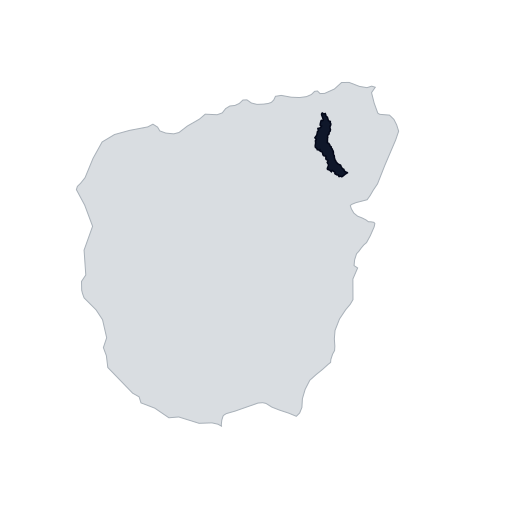 Colonia Lavalleja, Salto, Uruguay (highlighted), rotated 69°
{"feature_id": "84410073B14700525843011", "entity_name": "Colonia Lavalleja", "entity_type": "district", "adm_level": 2, "iso_a3": "URY", "parent_name": "Uruguay", "parent_adm1": "Salto", "projection": "albers", "projection_center": [-56.948, -31.083], "detail": "fine", "context": "in_parent", "style": "filled", "palette": "ink", "viewbox_px": 512, "rotation_deg": 69, "n_neighbors": 0, "source": "geoboundaries", "source_scale": "gbopen_adm2", "svg_char_len": 5794}
<svg xmlns="http://www.w3.org/2000/svg" viewBox="0 0 512 512"><g transform="rotate(69 256 256)"><path d="M402.5,349.2L399.4,351.8L396.0,356.9L391.8,369.1L378.6,385.8L375.8,395.3L361.8,405.0L351.9,416.0L345.6,415.6L339.9,420.3L307.0,434.3L295.4,431.4L286.8,431.3L278.8,424.7L260.5,422.1L249.0,424.6L233.5,431.5L228.9,431.4L225.5,431.0L217.2,428.0L212.7,421.7L188.9,414.4L169.7,397.9L147.1,397.7L129.7,399.9L127.0,397.8L125.2,393.6L121.6,387.5L106.4,373.1L94.4,358.8L91.9,344.6L93.4,329.1L96.7,310.8L96.0,305.0L100.4,301.7L104.7,301.0L108.9,296.2L112.5,289.0L113.1,283.6L110.1,273.6L107.9,259.6L105.4,252.6L110.2,241.6L110.3,236.2L107.5,231.5L106.6,226.7L107.9,221.7L107.6,216.9L105.7,212.3L107.0,208.5L111.5,205.5L114.8,200.8L116.9,194.6L118.0,189.9L118.1,186.6L116.7,183.5L113.9,180.6L115.1,174.9L120.4,166.2L123.7,158.5L125.3,151.8L125.1,146.4L123.3,142.3L124.0,139.5L127.3,138.0L128.8,133.7L128.2,122.9L124.7,114.0L127.3,106.9L134.7,98.7L138.6,92.1L138.9,87.1L141.2,84.2L144.9,89.6L155.6,90.9L166.3,91.1L168.1,89.7L172.3,80.9L177.9,78.3L184.0,77.7L190.6,78.1L197.7,84.0L217.6,103.3L232.2,116.7L236.6,123.0L240.4,127.7L243.3,132.1L242.0,143.5L242.1,148.5L242.8,149.9L246.1,150.1L251.0,149.3L255.2,146.9L258.5,143.3L261.7,140.4L264.3,138.8L265.3,136.4L266.8,133.9L268.3,133.4L271.2,135.3L277.9,141.9L283.1,148.0L284.3,151.4L286.3,155.0L288.4,158.2L289.9,161.3L294.9,165.3L300.1,167.9L303.6,165.4L312.2,173.8L331.5,181.1L334.9,185.4L338.2,191.4L344.7,200.6L353.8,208.9L361.3,212.5L368.4,214.7L372.4,216.5L375.1,219.7L379.4,223.2L382.1,224.5L383.0,227.5L385.6,234.2L388.3,242.5L391.3,250.3L398.1,257.9L405.8,263.8L413.8,267.4L418.2,271.5L420.1,275.8L414.4,281.8L408.2,289.4L402.7,295.4L397.2,299.5L395.3,302.4L394.0,306.9L393.3,331.1L392.5,340.1L392.9,342.5L393.6,344.1L396.9,346.7L400.9,348.8L402.5,349.2Z" fill="#d9dde1" stroke="#a8b0b8" stroke-width="1"/><path d="M164.1,155.4L164.7,155.8L165.5,156.8L166.6,158.6L167.0,158.6L167.8,158.3L168.6,157.9L169.0,158.0L169.2,158.4L169.6,159.2L170.5,159.5L171.8,159.8L174.2,161.2L175.1,161.5L176.0,161.6L176.6,161.1L177.6,160.7L178.8,160.7L179.0,159.9L179.4,159.4L180.4,159.0L180.6,158.8L180.4,158.5L180.2,158.3L180.5,158.3L181.6,158.1L182.2,157.2L182.8,157.0L184.2,157.0L185.2,157.2L186.2,157.1L186.9,156.6L187.2,156.1L187.6,155.1L188.3,155.1L189.8,155.8L190.6,156.0L191.3,155.7L192.0,155.0L192.6,154.5L193.0,154.6L193.4,155.0L193.8,155.6L194.2,156.0L195.0,155.9L196.5,155.6L197.1,155.8L197.8,156.2L198.4,156.8L199.7,158.0L200.7,158.2L201.0,158.0L201.1,157.3L201.5,157.3L201.6,156.8L202.4,156.4L203.2,156.0L204.3,155.5L203.9,155.1L203.4,154.3L203.5,154.0L204.8,153.4L205.3,152.8L206.3,152.2L206.7,152.3L207.1,152.8L207.6,152.8L209.5,151.2L209.6,150.3L210.0,150.0L210.9,150.1L211.5,150.1L211.8,149.5L211.8,148.6L211.9,148.2L212.7,147.7L212.8,147.3L212.5,146.1L211.5,143.1L211.3,141.8L211.1,140.8L210.9,140.8L210.7,141.0L210.4,141.3L210.3,141.5L210.2,141.5L210.1,141.8L209.9,142.0L209.7,142.2L209.5,142.3L209.4,142.4L209.2,142.4L209.0,142.5L208.9,142.6L208.9,142.8L208.7,143.0L208.4,143.1L208.2,143.0L207.7,143.0L207.4,143.1L207.1,143.1L206.9,143.0L206.8,142.9L206.7,142.9L206.6,143.0L206.4,143.0L206.2,143.2L206.1,143.4L206.0,143.5L205.9,143.6L205.7,143.7L205.5,143.9L205.5,144.0L205.3,144.0L205.2,144.1L204.8,144.3L204.6,144.3L204.4,144.3L204.2,144.2L203.9,144.3L203.6,144.4L203.3,144.5L203.0,144.5L202.6,144.5L202.2,144.4L201.9,144.5L201.6,144.5L201.4,144.5L201.1,144.8L200.9,145.0L200.7,145.3L200.4,145.6L200.2,145.8L200.0,146.0L199.7,146.2L199.3,146.4L199.1,146.6L199.0,146.8L198.8,146.8L198.5,146.9L198.3,146.9L197.8,147.1L197.4,147.2L197.1,147.4L196.7,147.5L196.3,147.5L196.1,147.5L195.7,147.5L195.4,147.5L194.9,147.6L194.5,147.8L194.1,147.8L193.7,147.8L193.3,147.6L192.9,147.6L192.5,147.6L192.2,147.6L191.8,147.4L191.6,147.3L191.3,147.2L190.9,147.2L190.6,147.1L190.3,147.0L190.0,147.0L189.7,147.2L189.4,147.3L189.1,147.3L188.8,147.3L188.4,147.2L188.1,147.0L187.7,146.8L187.3,146.7L187.1,146.6L186.9,146.6L186.6,146.6L186.4,146.5L186.3,146.4L186.2,146.4L185.9,146.4L185.7,146.4L185.4,146.4L185.1,146.4L184.9,146.5L184.7,146.5L184.3,146.6L183.9,146.6L183.6,146.5L183.3,146.5L183.1,146.6L182.8,146.8L182.4,146.9L182.1,147.0L181.8,146.9L181.6,146.9L181.3,146.7L181.1,146.8L181.0,146.7L180.9,146.7L180.8,146.8L180.7,146.9L180.5,147.0L180.3,147.1L180.1,147.3L179.9,147.4L179.6,147.4L179.3,147.4L179.2,147.4L178.7,147.3L178.3,147.4L178.1,147.5L177.9,147.5L177.7,147.5L177.4,147.6L177.1,147.7L176.9,147.7L176.8,147.8L176.7,147.9L176.6,148.0L176.4,148.2L176.4,148.3L176.2,148.4L176.2,148.5L175.9,148.8L175.7,148.9L175.3,148.8L175.1,148.7L174.9,148.4L174.7,148.2L174.3,148.1L173.9,147.9L173.4,147.8L172.9,147.5L172.5,147.4L172.1,147.3L171.7,147.0L171.4,146.7L171.0,146.5L170.6,146.5L170.1,146.3L169.7,146.2L169.3,146.0L169.0,145.8L168.8,145.4L168.7,145.0L168.6,144.5L168.3,144.2L168.0,144.0L167.8,143.8L167.5,143.7L167.1,143.6L166.7,143.4L166.5,143.1L166.3,142.7L166.2,142.3L166.0,142.0L165.6,141.8L165.3,141.6L165.1,141.4L164.9,141.2L164.5,141.2L164.3,141.2L164.1,141.2L163.6,141.1L163.3,141.0L163.1,141.0L162.7,141.0L162.4,141.0L162.3,140.9L162.1,140.8L162.1,140.7L161.9,140.5L161.7,140.5L161.5,140.4L161.3,140.3L161.3,140.2L161.1,140.1L161.0,139.8L160.9,139.7L160.7,139.5L160.4,139.2L159.9,139.0L159.4,138.8L159.1,138.8L158.9,138.9L158.7,138.8L158.4,138.9L158.2,138.9L157.9,138.9L157.7,138.8L157.0,138.4L156.7,138.8L156.2,139.4L155.5,139.9L152.1,139.6L151.7,139.8L150.1,140.6L148.8,140.2L147.8,140.3L147.7,141.7L147.2,142.2L146.3,142.7L146.3,143.2L146.8,143.8L147.7,144.2L150.5,144.2L153.0,144.4L153.5,144.9L153.5,145.4L152.8,146.3L153.0,146.8L155.4,148.5L156.6,149.1L157.1,149.2L158.2,148.2L159.3,149.9L159.3,151.6L159.0,152.3L159.2,152.6L161.3,152.8L161.7,153.1L161.8,154.0L164.1,155.4Z" fill="#0f172a" stroke="#020617" stroke-width="1.5"/></g></svg>